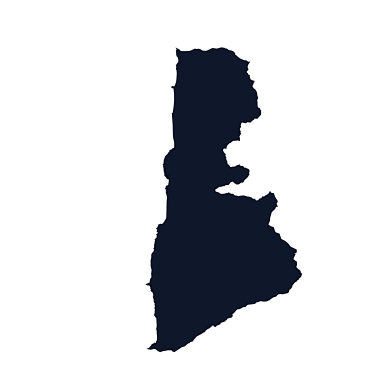 Caraveli, Arequipa, Peru (Natural Earth projection), rotated 63°
{"feature_id": "86281439B24627039816812", "entity_name": "Caraveli", "entity_type": "district", "adm_level": 2, "iso_a3": "PER", "parent_name": "Peru", "parent_adm1": "Arequipa", "projection": "natural_earth1", "projection_center": [-73.996, -15.752], "detail": "fine", "context": "isolated", "style": "filled", "palette": "ink", "viewbox_px": 384, "rotation_deg": 63, "n_neighbors": 0, "source": "geoboundaries", "source_scale": "gbopen_adm2", "svg_char_len": 6071}
<svg xmlns="http://www.w3.org/2000/svg" viewBox="0 0 384 384"><g transform="rotate(63 192 192)"><path d="M320.5,212.5L319.0,212.3L318.1,211.7L318.4,210.4L316.6,205.9L316.4,204.3L317.3,202.5L317.1,198.3L318.0,196.5L317.2,194.9L317.2,193.0L319.5,186.7L318.9,185.0L319.0,183.8L319.4,183.1L319.6,180.2L321.8,177.2L322.8,174.4L322.6,173.1L322.9,172.0L322.4,170.6L322.1,167.4L322.6,164.8L321.5,161.6L322.8,158.4L323.5,157.6L324.8,152.8L324.5,151.6L322.5,149.9L322.7,148.9L321.9,146.9L320.3,145.3L318.5,141.5L318.6,139.7L317.6,138.3L317.9,137.4L317.0,136.1L316.5,133.7L314.7,131.9L313.1,132.4L311.6,131.9L310.1,132.4L309.3,133.1L305.9,134.0L304.3,132.2L301.7,131.0L298.0,133.0L296.3,131.7L294.4,129.1L293.8,129.8L293.0,129.4L292.5,129.6L292.2,128.7L292.8,127.8L292.9,127.0L292.5,126.4L290.9,125.7L285.7,129.7L282.0,130.3L278.3,131.8L274.6,134.5L269.1,133.7L266.4,136.3L264.9,136.6L260.7,135.9L258.6,138.0L256.0,139.4L254.8,138.9L252.5,136.1L250.2,134.8L245.6,130.6L244.1,125.9L242.7,124.1L242.7,123.5L243.1,122.9L242.1,122.7L240.7,123.0L238.9,120.5L233.7,120.9L230.5,120.4L229.9,121.7L228.4,122.6L227.7,122.6L228.6,123.9L229.2,126.2L229.1,128.3L229.6,129.8L228.7,131.3L229.8,133.2L229.2,134.9L229.9,136.0L230.0,137.5L229.5,138.6L228.8,139.7L227.1,139.7L226.3,141.4L224.5,142.0L223.0,143.3L221.8,145.1L218.9,148.2L218.9,149.1L218.4,149.7L217.7,151.9L218.0,152.2L215.7,154.8L215.6,155.4L213.9,156.6L212.9,156.7L211.8,158.7L209.7,159.8L209.9,161.2L209.3,161.8L208.8,165.0L208.4,165.3L208.6,165.5L208.4,166.6L207.9,166.7L207.8,167.1L206.4,168.3L204.5,169.3L203.9,170.3L202.4,171.4L201.5,171.6L199.1,169.8L199.6,168.8L199.1,165.2L199.9,163.4L200.2,161.1L200.7,160.4L200.3,158.6L201.6,156.4L199.9,152.5L200.5,151.6L200.4,150.6L200.7,150.2L202.4,149.8L205.0,148.4L205.7,146.6L205.2,143.7L205.9,142.5L205.7,141.6L204.7,140.4L203.5,136.1L201.9,133.5L200.9,133.8L200.6,133.0L199.7,132.6L199.0,131.7L197.7,131.8L195.1,133.9L194.8,135.0L192.7,135.3L192.1,135.9L191.5,137.5L189.7,137.7L189.3,140.8L190.0,141.4L189.3,142.4L189.2,143.4L188.6,144.5L188.3,146.1L187.5,147.2L184.8,147.5L183.6,148.5L180.7,147.5L178.7,147.3L178.0,147.5L176.6,146.6L174.7,146.6L173.5,145.6L171.5,146.3L168.3,146.2L166.8,143.8L168.1,141.8L167.2,141.4L165.8,139.7L164.8,136.4L165.0,135.5L164.3,132.1L165.9,128.5L166.1,127.4L167.2,126.4L165.5,125.5L163.6,125.3L161.9,122.5L161.2,122.5L160.5,123.0L159.9,121.8L157.3,121.7L155.7,119.3L154.6,119.1L153.2,118.1L152.0,116.3L152.0,115.6L154.4,112.7L154.2,110.7L155.9,108.3L155.2,106.4L154.9,104.1L154.0,103.1L155.6,100.5L153.9,96.0L150.9,94.3L148.1,94.4L146.8,95.6L144.8,95.2L141.6,93.6L139.4,93.0L137.9,91.0L135.1,90.7L134.7,90.3L132.4,89.6L129.5,89.8L128.2,90.4L127.8,91.1L126.4,90.7L124.9,91.1L121.5,86.9L120.2,88.2L118.2,89.5L114.9,88.8L114.3,88.3L112.8,89.4L111.6,89.1L110.7,89.6L109.4,89.4L108.5,88.5L108.3,87.0L107.0,86.5L105.7,86.8L104.7,85.6L103.8,85.1L102.4,82.6L102.0,83.4L100.0,84.3L98.6,86.4L95.2,89.2L89.2,91.9L88.2,91.5L86.5,91.6L84.6,92.9L82.8,95.3L80.3,96.6L80.0,97.3L78.6,98.4L77.1,100.6L76.3,104.9L73.7,108.7L73.6,113.9L73.1,116.3L71.1,119.2L69.3,120.1L68.0,121.4L67.6,122.9L66.2,124.9L66.2,128.4L65.9,130.2L64.4,133.8L62.1,138.2L61.5,138.9L59.9,139.0L58.1,140.3L58.5,140.3L59.1,141.4L59.6,141.1L60.4,142.1L61.9,142.4L62.2,142.9L64.1,143.3L65.2,142.8L68.5,143.5L70.8,144.9L71.2,146.4L72.0,147.2L72.0,147.9L72.4,148.3L73.2,148.2L75.6,149.8L76.8,149.8L79.9,151.1L84.6,153.9L87.4,155.8L90.3,159.0L90.5,160.3L89.4,161.6L89.5,162.1L90.3,161.7L90.8,160.8L91.5,160.7L96.7,162.7L103.0,165.9L107.3,168.5L113.1,172.6L113.4,173.7L114.2,174.1L123.4,177.9L132.6,182.3L135.4,183.5L139.6,184.5L143.9,186.6L145.2,187.7L145.1,189.9L145.7,190.3L145.2,192.6L146.3,193.4L146.9,195.2L147.6,196.0L148.6,199.2L150.2,201.0L150.8,201.0L151.0,201.9L154.1,203.8L154.8,205.0L156.1,204.7L156.6,205.6L157.3,205.5L157.9,206.0L159.1,205.2L159.5,205.5L159.6,206.5L160.4,206.4L160.6,206.9L161.0,206.8L161.6,207.3L162.5,206.9L162.5,207.3L163.1,207.2L163.4,207.6L164.6,207.1L164.6,208.4L165.7,208.2L166.6,206.7L166.8,207.8L167.4,207.5L167.8,207.8L168.3,207.0L168.9,207.4L169.6,206.3L171.4,206.6L175.3,209.3L175.8,210.5L175.5,211.7L175.9,212.6L176.4,212.6L176.8,213.2L176.9,212.9L177.9,213.5L178.1,213.0L178.3,213.5L179.7,214.3L180.8,214.3L180.9,214.9L184.7,215.6L186.3,216.3L188.7,217.9L203.5,225.9L205.2,227.5L205.2,228.4L206.0,229.0L207.6,232.3L207.5,233.7L206.6,235.0L206.5,236.5L207.4,236.9L207.6,237.7L208.3,237.9L208.7,239.7L210.1,239.2L211.4,240.6L212.1,240.0L212.7,240.1L214.1,241.4L214.1,242.4L214.8,242.3L217.0,243.7L217.9,246.1L218.3,246.0L220.3,247.6L221.0,247.8L222.1,249.0L224.9,250.5L225.2,251.3L225.9,251.1L227.3,252.0L228.2,253.0L228.7,254.6L229.7,256.1L232.1,257.3L234.7,259.4L239.6,261.8L243.7,262.8L246.5,264.8L250.0,266.2L251.0,268.2L254.0,270.4L254.5,272.2L254.0,272.4L253.9,274.0L254.7,273.4L254.9,272.6L255.2,272.8L254.8,272.3L256.9,271.3L257.2,271.5L257.3,271.0L258.1,271.1L259.0,272.2L259.9,271.7L261.2,272.8L261.8,271.9L262.5,272.6L263.3,272.0L265.4,272.1L267.3,273.0L267.8,273.7L268.5,273.7L268.9,274.1L269.9,273.9L272.8,275.3L273.5,275.2L273.6,274.6L274.0,274.5L275.8,275.9L277.7,276.3L278.5,277.4L279.8,277.6L282.8,279.3L284.7,280.9L285.0,281.0L286.0,280.3L286.5,280.8L288.1,280.2L296.0,283.7L297.9,285.3L299.9,285.9L300.7,285.8L301.2,286.5L305.6,288.2L308.0,289.6L308.9,290.3L309.5,291.5L310.5,292.0L310.8,293.5L309.9,294.3L310.4,295.5L310.1,296.4L310.2,297.1L311.0,297.7L311.5,299.1L311.3,299.3L312.2,300.8L312.1,301.4L313.1,300.2L313.5,298.5L313.4,297.7L314.5,295.7L316.8,294.3L317.9,294.1L318.5,293.3L319.5,292.8L320.0,289.3L321.2,286.1L321.0,284.7L321.8,284.3L321.8,283.6L322.5,283.2L322.6,281.6L324.6,281.3L325.9,280.1L324.9,271.4L325.5,268.5L324.4,264.3L324.7,262.9L324.2,261.8L324.7,259.2L323.8,257.8L322.1,253.5L322.0,247.4L321.7,246.3L321.9,244.4L321.4,243.4L320.8,243.0L320.9,242.0L320.3,239.6L320.6,239.3L320.6,238.3L319.4,233.5L320.2,232.9L321.4,232.9L322.2,232.1L321.6,230.8L321.9,227.2L321.0,225.7L321.6,221.3L321.1,220.9L321.0,219.4L320.2,218.1L320.5,215.3L321.1,214.1L320.5,212.5Z" fill="#0f172a" stroke="#020617" stroke-width="1.5"/></g></svg>